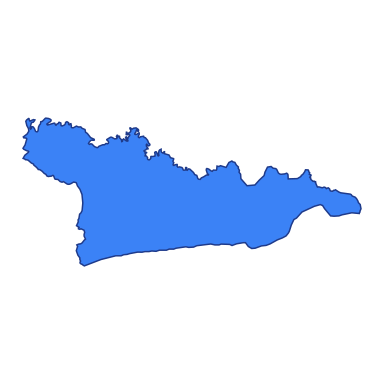 Birim South, Eastern, Ghana (orthographic projection)
{"feature_id": "2480657B71012260699376", "entity_name": "Birim South", "entity_type": "district", "adm_level": 2, "iso_a3": "GHA", "parent_name": "Ghana", "parent_adm1": "Eastern", "projection": "orthographic", "projection_center": [-1.125, 5.901], "detail": "fine", "context": "isolated", "style": "filled", "palette": "blue", "viewbox_px": 384, "rotation_deg": 0, "n_neighbors": 0, "source": "geoboundaries", "source_scale": "gbopen_adm2", "svg_char_len": 5955}
<svg xmlns="http://www.w3.org/2000/svg" viewBox="0 0 384 384"><path d="M23.1,158.4L24.7,159.0L25.4,159.7L26.3,159.7L28.1,160.2L31.3,163.0L33.5,164.1L33.9,165.2L35.8,166.7L37.7,168.6L38.2,169.5L39.9,169.7L42.2,171.3L44.3,173.5L45.9,174.3L46.8,175.9L48.2,176.5L51.5,176.1L52.6,175.4L53.1,175.4L53.7,176.0L54.7,178.7L55.2,179.2L58.0,179.5L60.2,181.6L62.1,182.2L63.4,181.6L67.1,184.0L68.2,184.3L69.6,184.2L71.4,183.4L73.5,182.1L74.9,182.3L76.2,182.7L76.5,183.2L77.4,185.8L80.0,189.4L82.0,194.5L82.8,203.0L82.1,210.6L81.0,212.8L79.6,214.2L78.9,218.5L78.1,219.8L78.2,222.0L76.5,225.7L79.0,227.3L78.4,228.0L78.5,228.9L79.9,229.3L81.0,228.8L84.0,230.2L84.7,232.3L84.1,234.4L84.1,236.1L85.5,239.1L84.3,240.1L82.0,243.0L80.7,243.8L78.6,244.1L76.8,244.9L77.6,246.4L76.3,250.7L77.9,255.2L79.8,257.8L79.9,259.7L80.6,261.1L80.0,262.2L80.2,263.3L81.3,264.1L82.0,264.2L82.7,264.9L84.3,265.9L101.0,259.5L115.7,255.8L121.1,255.8L123.7,254.7L127.1,254.4L129.7,253.6L137.7,252.1L142.0,252.2L144.9,251.6L148.9,251.6L151.8,251.0L156.1,251.3L159.5,250.2L166.4,250.2L169.2,249.1L173.8,249.1L176.1,248.2L185.9,246.8L188.7,247.4L193.6,247.1L196.8,245.7L210.8,244.0L214.8,244.9L219.1,244.9L221.1,244.1L229.7,244.4L232.0,245.5L236.6,243.8L243.2,242.7L245.5,242.7L248.3,246.5L251.7,248.5L255.2,248.2L261.5,245.9L266.1,245.4L270.1,243.9L277.3,239.9L282.4,237.9L286.1,235.9L288.4,233.0L289.3,231.3L291.3,225.0L293.9,219.5L296.5,218.1L302.0,212.0L314.3,206.3L320.3,204.6L322.6,205.5L324.6,208.7L330.6,215.9L334.0,216.2L338.9,215.9L342.1,214.8L351.8,212.8L359.3,213.5L359.4,212.7L360.0,212.0L360.0,211.1L361.0,208.8L360.2,204.5L358.4,202.6L357.9,201.0L356.5,198.6L355.2,197.2L352.2,196.0L351.2,194.6L350.2,194.1L340.7,192.8L338.8,192.0L335.5,189.8L334.3,190.4L333.7,190.3L332.6,191.2L331.1,191.1L330.2,190.7L329.5,188.8L328.2,187.8L326.3,188.6L325.6,187.6L324.1,187.1L322.3,187.8L318.9,186.9L317.4,187.0L315.9,183.7L315.9,183.0L315.4,182.6L315.5,181.7L315.0,181.7L314.0,181.1L313.1,181.4L310.9,179.5L310.5,178.7L310.8,178.1L309.8,177.2L311.0,175.7L311.0,175.1L310.7,174.7L310.1,174.8L309.3,174.4L309.7,172.7L308.8,171.8L308.7,170.9L308.1,169.9L305.5,169.8L304.6,171.9L302.7,174.5L301.3,175.4L300.9,176.5L297.4,178.6L288.2,178.9L288.0,175.0L287.8,174.2L286.7,173.2L284.7,173.9L280.9,174.3L279.6,173.9L278.4,173.0L276.7,169.4L275.8,168.6L273.1,168.2L271.1,166.5L267.5,167.1L265.0,172.1L264.1,175.6L259.4,180.0L254.9,185.0L247.0,185.7L240.9,178.7L240.6,174.2L239.1,172.3L239.4,170.3L238.2,168.2L238.4,167.0L236.3,165.0L234.9,162.4L232.7,161.8L231.9,161.0L228.9,162.5L226.1,167.4L220.5,165.7L218.9,166.5L217.0,166.1L216.7,169.6L216.3,170.2L213.4,170.1L212.2,171.3L211.1,170.9L208.8,169.1L206.9,168.5L206.3,169.1L206.3,170.3L207.4,173.7L208.5,174.5L208.4,175.0L206.3,175.1L203.7,176.8L201.3,177.9L200.2,179.4L198.6,179.2L197.8,178.5L196.8,175.4L194.7,174.6L193.5,172.5L189.8,169.1L188.4,168.9L187.2,170.3L186.9,170.2L186.3,169.8L186.2,169.2L186.7,168.4L186.7,167.7L186.0,167.4L185.6,167.7L185.5,169.8L185.2,170.1L183.7,170.2L183.2,169.9L182.6,168.2L181.9,167.5L179.6,166.9L177.9,167.2L177.1,166.3L177.3,164.8L177.0,164.4L174.9,164.8L174.1,165.4L173.4,165.4L173.1,164.5L173.8,162.5L173.1,161.8L172.9,161.1L173.6,159.6L173.6,158.6L170.5,157.7L169.0,155.0L164.5,153.7L164.5,151.7L164.1,151.7L163.0,153.1L161.6,152.3L161.2,151.5L161.1,149.2L159.7,149.9L159.1,150.6L158.5,153.2L158.9,155.5L158.4,155.9L157.9,155.7L156.6,152.2L156.2,151.8L155.4,151.8L154.7,152.5L155.1,154.5L154.9,156.1L152.5,156.5L151.1,156.4L150.8,156.7L150.8,158.3L150.0,159.3L149.1,159.9L147.9,159.5L147.5,158.9L147.6,157.7L147.3,157.2L146.4,156.0L145.1,155.8L145.6,154.4L145.1,153.2L146.5,152.9L146.6,152.5L144.2,151.4L144.1,150.7L145.9,149.8L146.9,148.4L147.7,149.0L148.1,148.8L147.7,147.9L146.4,146.2L146.3,144.8L146.6,144.2L147.1,144.4L147.7,145.5L148.7,145.9L149.7,145.3L149.9,144.3L148.6,142.9L147.6,140.3L145.4,137.7L144.2,137.5L143.6,136.2L140.4,136.8L139.4,137.7L138.5,137.4L138.3,136.2L139.2,134.5L139.2,133.0L138.6,133.0L136.8,134.3L135.4,134.5L134.9,134.3L134.8,133.4L135.8,132.2L136.5,130.0L137.3,130.1L137.9,131.4L138.3,131.4L138.6,130.9L138.4,129.5L136.1,127.9L133.6,128.2L132.1,129.1L131.4,128.8L130.6,127.9L130.0,127.9L129.9,128.6L130.8,130.3L130.8,131.1L130.3,132.0L128.0,133.5L127.3,133.3L126.8,132.2L126.4,132.2L126.2,134.6L127.1,134.8L129.1,134.4L129.8,135.0L129.6,135.7L128.2,137.3L127.8,138.6L127.0,138.3L126.4,136.9L125.6,137.2L125.6,137.8L126.5,139.3L127.9,140.4L127.7,141.1L126.4,141.0L123.6,138.9L122.9,139.5L122.4,141.4L121.7,141.6L121.4,139.6L119.7,138.0L119.5,136.3L119.2,136.2L118.0,136.9L117.8,135.5L117.2,135.2L116.4,136.4L117.0,138.0L116.8,138.6L114.7,138.9L111.6,137.2L110.5,137.2L106.8,139.5L106.9,140.1L108.3,141.3L108.6,142.5L108.3,143.4L107.5,143.8L106.0,143.5L104.6,144.7L102.6,144.8L98.9,146.3L97.7,147.6L96.9,147.6L94.5,146.6L91.9,144.0L90.7,143.8L89.5,144.4L88.5,143.6L89.1,142.3L90.6,140.6L91.4,140.2L94.0,140.3L94.3,140.0L94.2,139.3L90.6,137.6L87.3,133.4L85.6,132.3L85.0,129.5L82.1,128.3L80.8,126.9L78.5,127.0L76.4,126.1L73.5,127.7L72.0,127.8L71.3,127.1L71.4,125.8L70.9,123.7L70.2,123.8L69.7,124.8L68.9,124.7L68.6,124.3L68.6,122.7L66.9,121.7L65.6,122.4L65.3,123.8L64.6,124.9L62.1,126.0L61.1,125.6L60.8,123.0L59.2,122.3L58.8,122.4L58.2,123.6L57.1,123.9L56.0,125.2L55.5,124.9L54.8,123.3L54.2,123.1L47.7,125.0L47.0,124.6L46.9,124.0L49.5,122.0L50.4,121.7L51.0,120.8L51.1,120.0L50.4,119.3L48.6,118.5L45.8,118.1L45.2,118.4L42.3,121.4L40.8,121.7L40.4,124.0L39.4,125.1L38.5,127.1L38.0,130.9L37.2,131.8L36.4,131.8L35.5,131.2L34.5,128.7L33.3,127.0L32.4,126.7L31.7,126.8L31.4,127.3L31.4,128.4L30.7,129.1L30.0,128.0L31.3,123.1L31.7,122.6L33.3,122.2L34.6,120.6L34.9,119.9L33.4,119.6L30.0,121.1L29.2,119.9L29.0,118.6L28.5,118.5L26.6,120.0L25.8,121.3L26.8,125.5L28.5,128.7L28.8,131.2L27.1,134.0L23.3,136.9L23.7,137.8L26.1,138.1L26.8,138.9L25.1,144.9L23.0,148.3L23.7,149.2L26.4,150.6L28.4,151.2L28.7,151.7L28.2,152.5L24.8,155.3L23.1,158.4Z" fill="#3b82f6" stroke="#1e3a8a" stroke-width="1.5"/></svg>